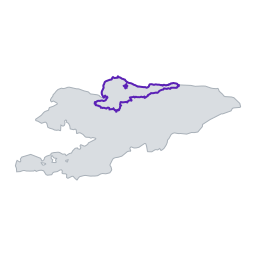 location of Chuy within Kyrgyzstan
{"feature_id": "KGZ-1116", "entity_name": "Chuy", "entity_type": "Region", "adm_level": 1, "iso_a3": "KGZ", "parent_name": "Kyrgyzstan", "parent_adm1": "", "projection": "natural_earth1", "projection_center": [74.767, 42.563], "detail": "fine", "context": "in_parent", "style": "outline", "palette": "violet", "viewbox_px": 256, "rotation_deg": 0, "n_neighbors": 0, "source": "natural_earth", "source_scale": "10m", "svg_char_len": 8313}
<svg xmlns="http://www.w3.org/2000/svg" viewBox="0 0 256 256"><path d="M51.1,153.5L51.7,153.1L53.9,152.6L58.2,152.2L59.6,152.5L62.6,154.2L64.8,154.0L65.3,154.3L66.1,155.7L69.3,153.6L71.5,153.0L72.7,150.8L75.2,148.3L77.3,147.9L77.3,148.3L77.7,148.7L79.8,149.3L80.5,148.6L80.8,147.7L80.1,146.2L80.1,145.6L80.8,144.7L84.1,146.1L84.9,146.1L86.4,145.3L87.9,144.0L88.4,142.9L95.3,139.4L95.8,138.8L95.7,138.3L92.8,137.5L91.5,138.0L90.3,138.0L89.6,137.4L86.1,137.2L85.3,136.9L83.0,134.4L80.1,132.8L78.7,132.9L77.0,133.5L76.5,133.2L76.4,130.9L76.0,129.5L75.0,129.1L73.7,129.7L70.2,128.9L69.8,125.9L68.5,123.3L66.6,122.3L66.6,120.7L65.9,120.0L65.4,120.2L64.6,121.0L65.0,122.7L64.7,124.5L64.3,125.4L63.4,126.0L62.5,126.0L60.9,125.1L60.6,130.4L60.3,130.7L58.3,130.0L56.8,130.3L54.5,130.0L52.8,129.1L49.4,128.1L47.8,127.2L46.9,123.6L46.0,122.4L45.1,122.1L41.5,123.3L37.9,121.2L36.1,120.7L35.6,120.1L35.7,119.2L41.3,115.3L43.6,112.6L45.0,111.5L48.5,110.2L49.3,107.8L49.6,107.5L53.2,106.3L57.2,104.1L57.3,103.5L56.9,103.0L53.4,101.0L51.5,101.9L50.5,100.7L50.5,99.6L51.7,97.5L52.7,96.5L53.2,94.6L54.6,93.3L56.2,91.2L58.0,89.5L61.4,88.2L63.2,88.6L65.0,88.3L67.7,87.3L69.4,87.2L76.4,88.8L78.7,88.9L84.1,90.9L88.3,91.9L90.4,93.9L97.2,94.8L99.1,95.4L99.7,96.3L101.7,97.5L103.3,97.8L101.9,93.1L102.5,90.3L104.7,82.6L105.8,81.5L111.4,79.3L112.6,77.7L116.6,77.7L117.4,77.4L117.9,76.5L130.2,83.2L134.9,85.1L141.3,86.8L146.8,87.4L147.7,87.0L149.9,84.4L150.9,84.3L164.5,84.8L174.2,83.4L175.6,83.4L179.2,84.9L190.7,85.4L195.2,86.3L202.3,86.0L205.3,86.1L210.8,88.0L212.7,88.4L216.2,88.7L217.6,88.4L218.3,88.8L219.2,91.2L222.6,94.3L223.8,95.9L225.1,96.6L231.5,97.0L233.9,97.7L239.8,103.4L240.6,106.7L240.0,107.4L233.8,107.9L232.4,108.4L231.0,110.9L222.6,113.9L221.4,113.8L210.2,119.5L202.6,124.4L202.3,126.7L197.8,132.0L194.4,132.6L191.5,132.5L186.7,134.1L180.6,133.5L178.5,133.6L174.5,132.9L172.9,133.3L171.2,134.4L168.9,138.6L167.9,139.6L167.5,140.5L167.2,142.6L166.3,144.8L164.3,148.0L162.6,149.6L161.0,150.5L159.7,148.5L157.7,149.9L155.7,149.6L154.5,150.1L151.8,151.8L147.8,151.7L147.4,151.1L146.6,146.3L145.9,144.0L145.3,143.5L144.6,143.5L138.9,147.3L136.2,147.9L134.1,148.0L131.2,146.9L130.6,147.2L130.1,147.8L129.9,148.6L130.7,150.7L130.5,151.2L129.2,151.1L127.4,151.6L121.9,156.1L118.4,157.2L115.2,157.7L113.3,158.5L112.2,160.2L110.0,164.7L110.1,165.7L111.0,166.9L111.7,169.7L111.5,170.4L109.8,172.8L107.5,173.4L105.8,173.8L102.5,173.5L100.8,173.9L97.6,175.7L95.1,176.0L90.2,176.1L85.4,175.4L83.8,175.6L79.6,176.7L78.1,178.3L77.3,179.8L76.9,180.0L75.2,178.6L73.1,176.3L72.0,176.3L68.2,178.2L67.6,178.2L66.6,177.5L66.7,174.5L65.5,173.8L62.9,173.7L62.0,173.0L62.3,171.1L62.0,170.4L61.4,169.8L60.0,170.0L57.3,171.6L54.1,172.1L53.0,172.6L51.7,174.7L47.5,175.2L46.1,174.7L43.6,170.8L41.4,170.2L39.2,170.4L36.1,171.4L35.4,170.5L34.6,170.3L33.9,171.0L30.2,171.1L26.4,171.0L24.3,170.5L22.9,170.6L20.1,171.6L16.7,171.8L16.4,168.2L15.4,165.8L16.5,161.7L17.1,160.4L19.6,161.9L20.5,161.7L20.8,160.9L20.4,159.1L21.7,157.1L30.7,154.4L40.6,158.3L41.9,160.9L42.7,160.8L44.1,159.6L44.6,157.5L46.5,156.2L50.8,154.8L51.1,153.5ZM56.0,162.4L56.2,162.0L55.5,160.1L56.6,158.4L54.5,158.1L53.5,157.6L52.4,155.8L52.0,155.7L51.4,156.2L51.1,157.3L51.3,158.6L52.8,159.8L52.0,162.3L55.0,162.6L56.0,162.4ZM45.7,164.1L45.6,163.6L44.9,163.3L41.2,162.6L41.3,163.1L42.7,165.0L43.8,165.1L45.7,164.1ZM67.8,160.9L68.1,159.7L65.8,160.4L65.6,161.0L66.3,161.7L67.3,162.0L67.8,160.9Z" fill="#d9dde1" stroke="#a8b0b8" stroke-width="1"/><path d="M117.3,76.0L117.9,76.3L118.9,77.2L119.5,77.4L120.1,77.5L120.7,77.8L121.8,78.6L122.2,78.8L123.0,78.9L123.7,79.3L124.6,79.5L125.0,79.7L125.2,80.1L125.7,80.9L126.0,81.2L128.1,82.7L128.8,82.9L131.1,83.3L132.9,84.1L133.4,84.6L134.0,84.8L135.2,85.2L135.8,85.5L136.3,85.8L137.5,86.5L138.1,86.6L139.4,86.6L144.0,87.2L144.8,87.1L145.2,87.1L146.5,87.7L147.0,87.6L147.6,87.4L148.2,87.0L148.7,86.6L148.9,86.2L149.5,84.6L149.7,84.4L150.1,84.3L150.3,84.3L151.3,84.2L152.1,84.3L153.7,84.8L154.1,84.8L155.5,84.4L156.0,84.4L157.5,84.7L159.3,84.7L161.1,85.2L161.3,85.2L161.7,85.0L161.9,85.0L162.1,85.1L162.4,85.5L162.6,85.6L162.9,85.5L163.5,85.0L163.9,84.8L164.4,84.9L165.5,85.3L166.0,85.4L166.4,85.3L167.2,85.0L168.1,85.0L168.5,84.9L169.3,84.5L169.4,84.4L169.4,84.2L169.6,84.2L170.0,84.2L170.6,83.7L171.0,83.4L171.4,83.3L172.3,83.3L173.1,83.0L173.5,83.0L173.9,83.1L176.2,83.5L176.9,83.7L177.2,83.9L177.7,84.7L178.0,84.9L178.4,85.0L178.7,85.0L178.9,85.6L178.9,85.8L178.8,86.0L178.7,86.1L178.3,86.0L178.2,86.0L177.4,86.6L177.4,86.8L177.3,87.3L177.1,87.5L176.4,87.8L176.0,87.8L171.3,87.7L171.0,87.8L170.9,87.9L170.8,88.0L170.7,88.4L170.6,88.5L170.3,88.7L170.2,88.8L169.5,88.7L168.6,88.3L168.4,88.3L168.2,88.3L167.2,88.8L166.9,88.9L166.6,88.9L166.0,88.7L165.5,88.7L164.2,88.4L163.9,88.5L163.4,89.4L163.3,89.5L163.1,89.5L161.6,89.9L160.2,90.5L159.8,90.7L159.3,91.0L158.2,92.3L157.6,92.7L157.4,92.8L157.2,92.8L156.9,92.8L156.7,92.8L156.4,92.6L155.9,92.6L153.1,93.2L152.7,93.2L151.2,93.1L150.9,93.2L150.7,93.3L150.5,93.7L150.4,93.8L150.2,93.9L149.7,94.1L149.4,94.3L148.9,94.7L148.7,94.8L148.4,94.8L148.2,94.9L148.0,95.1L148.0,95.5L147.9,95.8L147.6,96.0L146.9,96.5L146.5,96.7L146.4,96.8L146.1,97.1L145.1,97.7L144.8,97.8L144.7,97.8L144.7,97.6L144.7,97.2L144.7,96.9L144.5,96.7L144.4,96.6L144.0,96.8L142.5,97.1L142.2,97.1L141.2,96.7L140.9,96.8L140.7,96.9L140.1,97.1L139.9,97.2L136.8,97.1L136.0,96.8L135.8,96.8L135.7,96.9L135.6,97.0L135.3,97.2L134.6,97.4L134.1,96.8L133.9,96.7L133.7,96.7L133.4,96.9L133.2,97.0L130.2,97.4L130.0,97.5L130.4,98.5L131.4,99.9L131.5,100.2L131.5,100.5L131.4,100.6L131.1,100.5L130.7,100.4L128.9,100.5L128.5,100.7L127.7,101.7L127.3,102.4L127.1,102.4L126.9,102.1L126.8,101.9L126.3,101.9L122.7,102.4L122.3,102.3L122.1,102.2L121.3,102.1L120.8,102.1L120.7,102.1L120.5,102.4L120.1,104.6L120.1,104.8L120.2,105.1L120.7,105.3L120.8,105.3L121.0,105.5L120.7,105.9L120.5,106.0L120.3,106.4L120.2,106.5L120.0,106.9L120.0,107.1L120.1,107.7L120.1,107.9L120.0,108.1L119.5,108.6L119.3,108.8L119.3,109.0L119.2,109.2L119.3,109.6L119.2,109.8L119.1,110.0L118.8,110.2L118.6,110.2L118.4,110.3L118.3,110.2L118.2,110.2L117.9,109.9L117.7,109.9L117.0,110.3L116.9,110.5L116.7,110.9L116.6,111.5L116.4,111.7L116.2,111.7L116.1,111.3L116.1,111.2L116.2,110.6L116.2,110.4L116.1,110.2L115.9,110.1L115.4,110.3L115.2,110.3L114.9,110.3L114.7,110.2L114.3,109.5L114.2,109.4L113.9,109.1L113.7,108.7L113.5,108.4L112.7,109.0L112.3,109.1L112.0,109.1L109.5,109.4L109.2,108.3L109.0,107.9L108.7,107.8L108.5,107.7L108.1,107.6L107.9,107.6L107.7,107.7L107.2,107.9L107.1,108.0L106.9,108.2L106.8,108.3L106.7,108.4L106.5,108.5L106.2,108.5L104.1,107.8L103.8,107.8L103.6,107.8L103.0,107.9L102.7,108.0L102.0,107.7L101.8,107.6L101.6,107.6L101.0,107.8L100.9,107.7L100.7,107.2L100.6,106.9L100.4,106.7L99.9,106.3L99.7,106.2L99.4,106.2L99.1,106.2L98.7,105.8L98.4,105.7L97.5,105.6L96.5,105.2L96.2,105.2L95.8,105.2L95.7,105.1L95.5,104.7L95.8,104.3L95.8,104.2L95.7,103.9L94.9,103.7L94.7,103.6L94.7,103.4L94.7,103.1L94.9,102.4L94.9,102.2L95.1,102.0L95.3,102.0L96.0,102.0L96.2,101.9L96.5,101.8L96.7,101.5L96.8,101.4L97.4,101.1L97.9,100.9L98.3,100.9L98.7,100.8L99.0,100.8L99.3,100.8L99.6,100.9L99.9,101.0L100.2,100.9L101.0,100.6L101.3,100.5L101.8,100.5L102.6,100.6L103.3,101.0L103.6,101.0L104.1,100.9L105.3,100.4L105.6,100.2L106.2,99.5L106.2,99.1L106.3,98.8L106.7,98.4L107.2,97.9L107.3,97.8L107.4,97.6L107.3,97.3L107.3,97.1L107.0,96.7L106.8,96.7L106.7,96.7L106.2,96.7L105.8,96.7L105.6,96.6L105.4,96.5L105.3,96.4L105.3,96.2L105.2,95.8L105.1,95.7L104.8,95.9L104.7,96.1L104.7,96.4L104.7,96.6L104.8,96.7L104.8,96.8L104.6,97.1L104.1,97.5L103.6,97.5L102.1,94.8L101.8,94.0L101.7,93.2L101.7,92.2L101.9,91.3L103.0,89.1L103.6,87.9L103.6,87.6L103.6,87.1L103.3,86.2L103.3,85.8L103.4,85.4L103.5,85.0L104.0,84.3L104.7,82.2L105.0,81.9L105.3,81.6L106.2,81.1L109.7,79.8L110.1,79.7L110.9,79.7L111.7,79.3L112.4,77.6L113.0,77.1L113.4,77.3L114.1,77.9L114.5,78.0L117.7,77.7L118.0,77.5L118.1,77.1L117.8,76.7L117.3,76.0ZM126.4,87.7L126.6,87.7L126.6,87.3L126.6,87.0L126.6,86.7L126.9,86.5L127.0,86.3L127.2,86.2L127.3,86.0L127.2,85.9L126.9,85.5L126.5,85.1L126.4,84.8L126.2,84.3L125.9,84.7L125.6,85.0L125.2,85.3L124.2,85.6L123.8,85.9L124.1,86.3L124.9,86.9L125.2,87.1L125.2,87.4L125.2,87.7L125.2,88.0L125.3,88.2L125.4,88.3L125.6,88.3L125.7,88.2L125.8,87.9L126.1,87.6L126.4,87.7Z" fill="none" stroke="#5b21b6" stroke-width="2"/></svg>